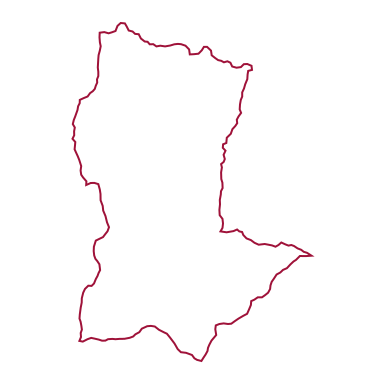 Lutécia, São Paulo, Brazil (Mercator projection)
{"feature_id": "56859067B80784550128489", "entity_name": "Lutécia", "entity_type": "district", "adm_level": 2, "iso_a3": "BRA", "parent_name": "Brazil", "parent_adm1": "São Paulo", "projection": "mercator", "projection_center": [-50.379, -22.322], "detail": "fine", "context": "isolated", "style": "outline", "palette": "rose", "viewbox_px": 384, "rotation_deg": 0, "n_neighbors": 0, "source": "geoboundaries", "source_scale": "gbopen_adm2", "svg_char_len": 3215}
<svg xmlns="http://www.w3.org/2000/svg" viewBox="0 0 384 384"><path d="M201.4,361.0L203.4,357.8L205.6,354.5L207.5,351.0L208.0,347.9L209.3,344.8L211.5,340.6L216.2,335.0L215.3,329.2L215.8,325.4L219.4,324.0L223.7,323.4L228.0,324.0L231.3,323.7L235.0,321.0L238.5,318.6L243.3,315.8L247.1,313.8L249.1,309.3L250.9,305.0L251.2,301.1L254.3,299.7L257.8,297.3L262.0,297.3L265.0,295.2L268.1,292.7L270.1,289.0L270.5,285.4L271.7,281.8L273.8,278.8L276.6,274.5L280.3,272.5L283.0,269.9L286.9,268.2L290.5,264.3L293.5,261.5L296.0,259.9L299.9,256.0L305.7,256.1L311.5,255.7L307.0,252.8L303.7,251.8L301.2,249.8L297.6,248.4L294.0,246.0L291.3,245.0L288.5,245.6L285.4,244.4L281.3,242.5L278.5,245.0L275.5,246.7L272.0,245.4L268.4,244.7L264.7,244.0L258.7,244.7L254.5,242.8L250.9,240.1L246.5,238.4L243.3,235.0L242.1,232.0L239.3,231.4L237.1,229.5L233.5,231.1L226.6,232.3L220.5,231.4L222.5,227.9L223.0,223.5L222.5,218.9L219.7,215.2L219.4,209.9L220.0,204.3L219.8,200.0L220.8,194.5L221.0,191.2L222.6,188.1L222.4,182.7L221.3,179.1L221.1,172.4L221.9,167.4L221.1,164.1L223.7,161.9L224.8,159.0L223.6,154.8L225.5,150.7L222.8,147.8L223.1,144.3L226.3,143.0L226.8,137.7L230.8,133.8L232.4,129.2L235.3,126.0L237.2,123.2L236.8,119.7L238.5,116.5L241.1,112.9L239.7,109.4L240.0,104.4L240.8,99.9L242.2,96.6L242.2,92.4L244.0,88.5L245.2,84.3L247.3,79.2L247.6,74.5L248.2,70.9L252.0,69.9L251.5,65.8L247.3,64.0L243.8,64.2L240.9,67.1L236.5,67.7L232.2,66.5L230.4,62.7L227.4,61.3L223.9,62.3L221.2,60.8L218.1,60.1L215.4,58.2L211.7,55.3L211.0,50.6L207.1,46.9L203.9,46.9L201.8,50.3L198.5,53.7L193.8,54.2L189.8,54.4L189.1,49.4L185.5,45.7L181.1,44.2L177.9,43.9L174.3,44.3L170.3,45.5L165.1,46.4L160.3,45.7L156.4,46.4L153.3,44.2L149.7,44.3L147.6,41.8L144.7,41.5L140.9,38.5L138.7,34.2L135.1,33.9L132.6,31.5L128.7,30.5L126.7,26.5L124.9,23.4L120.7,23.0L117.5,25.9L115.5,31.0L111.9,32.3L108.6,33.3L104.3,32.1L99.7,32.7L99.5,37.4L99.9,42.4L100.7,46.2L99.8,50.7L98.6,55.1L98.3,58.7L98.1,62.3L97.8,67.5L98.3,71.8L98.3,76.1L97.0,79.4L97.2,82.6L95.8,85.7L94.8,88.9L92.8,91.2L90.1,93.1L87.6,96.5L83.7,98.1L79.8,99.9L79.7,103.2L78.1,106.3L77.5,110.0L76.4,113.1L75.2,116.5L73.8,120.0L72.8,124.1L74.8,127.5L74.1,131.3L74.2,135.3L72.5,138.8L75.3,142.0L75.0,145.4L74.6,149.3L75.9,152.2L77.7,156.1L79.2,159.8L81.2,166.1L80.6,170.5L81.2,174.7L83.1,177.5L86.4,181.3L86.2,185.0L90.7,183.0L94.3,182.9L98.3,184.1L99.8,189.5L100.5,194.0L100.6,200.3L102.7,205.9L103.2,210.6L105.5,216.1L107.0,222.3L109.0,227.2L107.5,231.3L105.2,234.2L103.0,237.1L100.3,238.4L95.8,240.6L93.9,246.7L93.7,251.1L94.2,255.5L95.4,258.8L97.3,261.1L99.4,264.3L100.1,270.1L98.6,273.0L97.5,276.0L95.8,279.1L94.0,283.5L91.6,285.9L88.3,285.7L85.0,288.9L83.2,292.7L81.8,298.3L81.7,302.6L80.7,307.7L79.8,314.5L79.5,318.6L80.6,321.7L81.4,326.0L81.9,329.6L80.7,333.0L81.0,337.0L79.4,340.9L82.8,341.6L87.5,339.2L91.2,337.9L94.5,338.6L98.8,339.6L102.1,340.7L105.4,340.6L108.0,339.2L112.4,338.9L115.5,339.2L119.3,338.9L124.5,338.8L129.7,337.8L133.2,336.5L135.4,334.3L139.3,332.2L141.8,328.7L147.2,326.2L150.9,325.9L154.8,326.5L159.0,329.8L164.1,332.4L166.9,333.7L169.9,337.4L172.4,340.7L174.5,343.5L177.7,349.1L180.9,352.2L186.0,352.8L192.0,355.0L194.4,358.3L197.1,359.9L201.4,361.0Z" fill="none" stroke="#9f1239" stroke-width="2"/></svg>